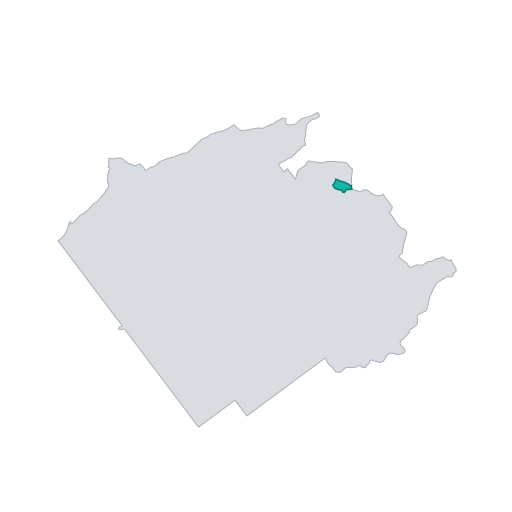 Talawdi, South Kordufan, Sudan (highlighted), rotated 233°
{"feature_id": "16777658B54503315646042", "entity_name": "Talawdi", "entity_type": "district", "adm_level": 2, "iso_a3": "SDN", "parent_name": "Sudan", "parent_adm1": "South Kordufan", "projection": "robinson", "projection_center": [30.424, 10.544], "detail": "fine", "context": "in_parent", "style": "filled", "palette": "teal", "viewbox_px": 512, "rotation_deg": 233, "n_neighbors": 0, "source": "geoboundaries", "source_scale": "gbopen_adm2", "svg_char_len": 5025}
<svg xmlns="http://www.w3.org/2000/svg" viewBox="0 0 512 512"><g transform="rotate(233 256 256)"><path d="M333.6,391.5L329.9,391.5L329.5,390.5L329.5,387.8L330.0,385.7L331.3,382.4L331.0,380.6L331.2,378.1L330.2,375.2L321.2,366.8L319.5,364.5L314.6,362.4L315.5,360.0L313.5,342.9L314.4,340.9L314.7,337.9L314.7,335.2L315.8,330.9L315.9,329.0L306.4,328.9L306.3,330.8L306.8,332.9L306.7,333.7L293.5,333.8L298.8,340.5L299.0,343.4L298.8,347.1L298.8,349.5L299.1,351.0L300.6,354.0L300.5,354.6L300.2,355.3L290.8,364.3L289.2,368.4L288.0,370.6L285.2,374.3L276.7,383.9L275.3,384.5L268.7,384.8L268.1,385.1L267.6,385.5L267.3,385.4L261.7,379.8L252.3,373.0L246.1,376.5L244.4,377.8L244.3,381.1L243.4,382.7L241.7,384.6L237.1,385.7L234.7,386.7L231.9,388.5L229.1,391.6L228.9,393.2L229.2,394.6L213.3,394.5L212.2,393.4L209.9,388.3L208.3,388.7L193.8,388.1L191.8,388.6L187.6,390.7L185.5,391.0L183.4,390.1L175.8,380.1L174.2,378.9L172.4,376.5L170.8,375.5L170.3,374.7L170.1,373.6L170.2,371.4L169.6,370.1L168.4,369.8L158.2,372.1L156.7,371.8L154.6,372.2L153.8,372.6L153.0,374.0L152.8,376.7L152.5,378.0L151.7,379.6L148.8,382.9L148.2,384.4L148.3,388.1L148.1,390.0L147.7,390.9L146.4,392.3L145.9,393.2L145.4,397.9L143.8,400.8L143.4,401.8L143.3,403.9L143.0,404.6L138.4,406.2L136.7,407.3L135.6,408.9L135.4,409.6L133.4,409.0L130.9,408.6L126.0,408.1L124.1,407.3L123.2,406.2L123.5,403.3L123.0,402.7L122.2,402.1L121.7,400.9L121.8,399.4L124.4,396.0L124.9,394.3L125.6,385.9L125.4,383.3L123.4,378.6L118.9,370.5L117.7,368.9L112.0,362.2L111.3,361.3L109.9,358.4L111.5,352.3L111.6,350.5L111.2,348.8L109.8,347.5L108.5,347.3L106.8,345.7L105.7,344.9L104.7,343.5L104.0,341.4L104.5,334.1L104.2,333.2L102.7,332.9L102.4,332.4L102.5,331.0L101.7,326.8L100.8,323.4L101.3,321.5L100.1,318.9L97.8,317.8L93.1,318.7L91.7,318.5L90.7,318.1L90.0,317.1L89.6,316.0L90.0,314.3L91.3,311.2L93.0,308.7L96.3,306.4L97.2,305.1L97.8,303.8L97.9,302.2L97.6,300.5L97.3,299.0L96.3,297.0L95.4,294.7L95.4,293.1L95.9,291.9L96.8,290.6L100.1,287.9L103.5,285.6L104.1,284.9L103.9,283.9L102.3,282.1L101.9,278.5L101.0,276.0L102.7,274.2L104.0,273.5L106.0,272.9L106.8,272.1L107.0,270.6L107.0,269.2L107.7,268.2L108.7,265.9L109.5,264.8L112.1,262.2L112.7,260.4L112.8,258.8L112.2,253.8L113.7,251.6L115.6,249.9L118.4,250.0L122.6,249.6L125.5,248.9L127.6,248.9L132.3,249.9L132.8,249.5L133.0,248.1L133.8,152.5L153.3,152.5L153.5,152.3L153.9,107.1L276.1,107.1L277.1,107.0L279.0,102.7L279.8,102.4L281.1,102.7L281.5,103.7L280.5,107.1L387.1,107.1L387.4,112.3L388.3,116.4L391.4,122.3L394.0,125.5L395.0,127.2L395.1,128.1L395.0,128.8L394.2,127.9L392.8,127.3L392.7,130.1L393.4,135.8L394.5,139.8L393.8,143.4L393.9,149.7L395.4,157.1L395.1,161.9L397.5,173.0L399.7,179.2L400.9,180.7L402.2,181.5L404.8,182.0L408.6,185.2L411.7,188.5L412.8,190.2L414.2,192.1L415.2,191.8L415.8,191.3L416.8,192.8L421.6,196.1L422.4,197.7L420.7,199.2L418.7,201.8L417.8,204.2L417.3,205.0L415.7,206.5L415.4,207.2L414.7,207.7L414.0,207.7L412.4,208.5L410.9,208.3L409.4,208.7L408.9,209.3L407.7,209.8L406.1,210.1L403.7,212.1L401.5,213.1L400.8,213.9L399.7,218.0L398.9,219.1L395.7,219.2L394.1,219.5L392.0,219.1L390.9,219.1L390.7,220.0L390.3,223.5L390.4,225.0L388.6,229.0L389.2,236.4L387.5,242.0L387.3,243.3L385.6,247.7L384.7,249.4L382.5,257.6L381.6,260.2L379.8,262.9L381.8,282.7L380.3,288.8L380.4,292.1L379.3,297.0L378.4,299.3L377.0,302.0L375.8,305.1L374.8,309.1L374.1,316.7L373.8,317.4L368.0,318.4L366.3,318.9L365.1,319.8L363.6,321.7L360.7,327.1L359.2,330.4L356.8,334.9L354.0,338.1L353.5,339.6L353.0,342.5L352.0,347.1L351.1,350.3L351.3,352.9L350.4,357.5L350.5,359.7L349.6,360.9L348.3,362.1L347.4,362.4L343.4,359.3L340.6,361.4L338.8,364.4L337.5,367.3L338.3,373.6L338.2,375.0L337.8,376.5L335.2,382.6L334.5,385.4L333.6,390.3L333.6,391.5Z" fill="#d9dde1" stroke="#a8b0b8" stroke-width="1"/><path d="M251.7,372.7L251.9,372.8L252.2,372.7L253.4,373.6L253.5,373.6L254.4,374.3L254.4,374.2L254.5,374.2L254.8,374.0L255.6,373.7L256.2,373.5L256.4,373.4L257.0,373.3L257.5,373.1L258.3,372.8L259.1,372.4L259.3,372.3L259.7,372.1L259.9,372.0L260.5,371.7L262.8,370.4L263.0,370.2L263.5,369.7L264.0,369.1L266.5,367.7L267.0,367.3L267.7,366.9L268.1,366.8L268.4,366.6L268.9,366.3L269.1,366.1L269.3,366.0L269.4,365.9L269.2,365.8L269.0,365.7L268.9,365.6L268.7,365.4L268.6,365.1L268.4,364.9L268.1,364.5L267.8,364.1L267.7,364.1L267.4,363.2L267.2,362.8L267.1,362.4L266.9,362.0L266.8,361.8L266.6,361.3L266.6,361.0L266.5,360.8L266.4,360.3L266.4,360.2L266.2,359.9L265.6,359.8L264.9,359.8L264.7,359.7L263.9,359.7L263.2,359.7L263.1,359.8L262.9,359.8L262.6,359.9L262.3,359.9L262.1,360.0L261.9,360.1L261.7,360.2L261.2,360.5L260.6,360.9L259.4,361.7L259.2,361.9L258.7,362.5L258.2,362.9L258.1,363.1L257.7,363.6L257.3,363.7L257.2,363.8L256.9,363.9L256.6,364.0L256.4,364.1L256.2,364.0L255.9,364.0L255.7,363.9L255.5,364.0L255.3,364.0L255.1,363.9L254.8,363.7L254.6,363.8L254.3,364.0L253.7,364.7L253.7,365.6L253.8,365.8L253.8,366.2L254.0,366.5L254.3,367.1L254.5,367.5L254.8,368.0L254.2,368.9L253.8,369.4L253.0,370.6L252.3,371.5L252.2,371.9L251.7,372.7Z" fill="#14b8a6" stroke="#0f766e" stroke-width="1.5"/></g></svg>